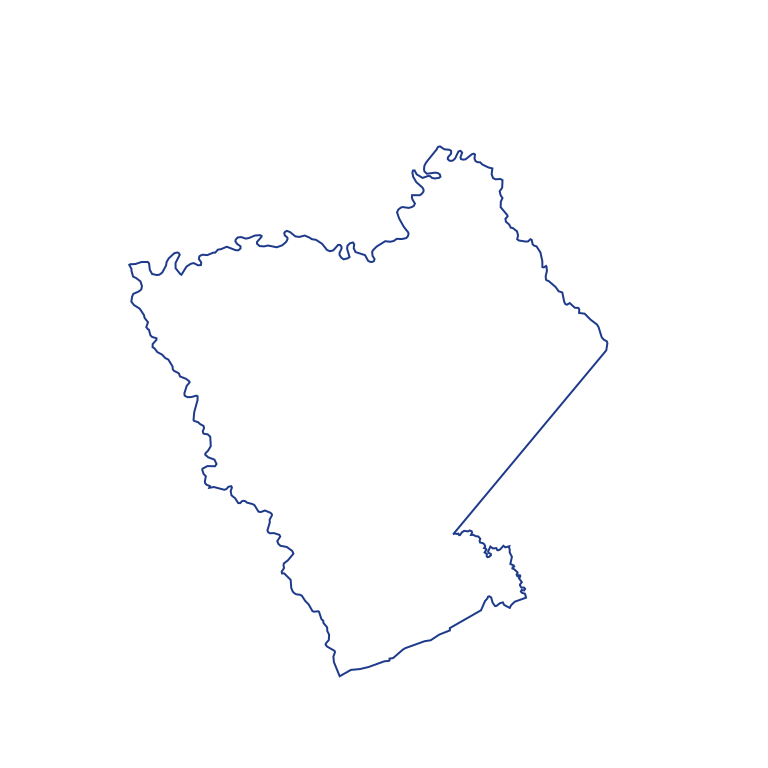 San Carlos De Guaroa, Meta, Colombia (Robinson projection), rotated 230°
{"feature_id": "7082276B46301528303112", "entity_name": "San Carlos De Guaroa", "entity_type": "district", "adm_level": 2, "iso_a3": "COL", "parent_name": "Colombia", "parent_adm1": "Meta", "projection": "robinson", "projection_center": [-73.244, 3.837], "detail": "fine", "context": "isolated", "style": "outline", "palette": "blue", "viewbox_px": 768, "rotation_deg": 230, "n_neighbors": 0, "source": "geoboundaries", "source_scale": "gbopen_adm2", "svg_char_len": 6166}
<svg xmlns="http://www.w3.org/2000/svg" viewBox="0 0 768 768"><g transform="rotate(230 384 384)"><path d="M132.7,357.2L135.3,355.5L137.0,355.4L137.7,357.0L135.8,358.6L136.3,360.4L138.1,360.4L139.6,358.4L142.2,358.7L143.0,359.3L143.6,362.2L148.3,362.5L148.9,364.5L149.8,365.2L150.9,364.3L150.4,363.0L151.5,362.6L152.8,363.1L153.4,365.0L154.2,365.2L158.6,364.6L160.2,363.8L160.9,364.7L160.5,366.4L161.7,366.7L164.9,365.1L169.4,370.9L174.1,372.0L176.8,374.2L178.4,374.6L179.2,375.7L180.8,372.0L183.3,371.5L182.6,366.4L183.3,364.4L184.3,364.0L186.1,364.6L188.0,361.7L191.1,361.0L188.7,356.0L187.4,355.6L185.1,356.6L184.1,355.9L184.0,353.6L184.8,352.0L185.9,351.9L187.7,353.5L190.3,352.8L191.3,356.0L192.3,356.2L194.0,355.2L194.5,357.1L196.5,357.8L198.4,357.5L200.8,355.7L202.4,356.4L203.6,358.3L206.7,358.2L208.4,356.5L211.1,355.4L212.4,353.6L213.6,356.0L214.9,356.5L216.7,355.5L217.1,353.6L220.0,351.0L220.3,348.2L219.4,345.0L219.9,344.4L221.7,344.7L222.3,343.4L224.0,342.1L224.4,340.3L266.9,575.9L271.6,581.3L273.5,582.1L276.6,580.9L279.8,580.8L289.6,584.9L292.7,585.4L300.5,583.6L308.9,582.9L313.0,579.1L315.6,581.5L317.3,581.8L319.8,579.2L326.6,578.3L327.2,575.0L328.7,574.3L331.1,574.9L339.5,579.4L342.8,577.4L348.0,577.8L357.2,576.3L358.9,575.2L359.9,575.2L362.6,577.1L365.9,581.5L369.4,583.9L370.3,584.0L370.6,581.3L371.8,580.5L376.3,584.2L384.2,588.4L391.4,589.3L393.6,587.9L395.5,587.7L399.5,589.8L400.8,589.2L400.6,586.2L401.8,584.3L407.3,579.5L409.3,579.1L411.6,582.2L415.5,584.0L420.8,582.9L422.2,581.6L425.7,582.4L429.9,581.7L432.5,583.2L432.9,586.4L434.0,587.0L444.4,587.0L448.5,590.6L450.3,594.3L453.5,594.6L457.3,596.5L458.4,600.7L464.0,605.8L466.3,604.9L469.1,601.0L471.7,599.9L475.5,601.3L479.5,605.6L482.7,603.2L489.0,600.4L491.9,600.2L493.9,598.2L496.0,597.4L498.5,598.2L501.3,601.2L502.7,600.8L503.5,599.3L503.7,590.9L505.1,588.7L506.9,587.6L508.3,588.1L511.1,592.6L513.4,592.5L514.3,590.5L511.1,583.5L510.9,581.1L511.2,579.6L512.9,577.7L515.3,577.4L516.5,578.6L517.4,583.6L519.5,585.3L521.3,584.7L525.0,581.1L530.1,579.6L530.9,577.5L529.9,575.3L526.6,558.6L525.2,555.2L522.7,552.6L520.8,551.6L517.5,552.0L512.9,559.2L511.2,560.7L508.7,561.5L506.5,560.5L506.5,558.8L508.7,555.1L510.9,553.3L513.5,552.9L514.9,551.7L517.1,546.0L523.6,543.8L528.0,544.7L528.9,543.3L527.5,541.5L523.9,539.5L517.9,538.5L509.7,539.7L507.4,539.2L506.0,537.9L505.4,535.2L505.6,532.8L510.6,526.9L509.2,525.4L507.0,524.4L502.4,523.7L501.3,521.5L501.6,519.2L503.0,516.1L507.6,512.0L508.3,510.4L508.4,507.0L507.1,504.3L501.1,502.0L491.7,500.2L484.6,500.0L483.2,499.3L481.9,497.4L481.5,495.1L481.9,493.9L483.7,490.7L487.0,487.1L487.3,483.4L488.9,480.3L492.6,476.7L494.0,466.9L493.6,461.7L492.8,459.8L489.5,457.6L485.8,457.1L484.6,455.2L485.0,453.6L486.2,452.1L488.5,451.0L494.9,452.3L503.4,447.0L507.5,448.1L510.2,451.0L512.4,451.2L513.7,448.3L513.4,444.8L511.2,442.6L503.4,439.2L503.7,436.7L505.5,433.2L508.3,432.5L511.1,432.8L512.9,434.0L515.2,438.8L516.8,439.8L518.8,439.7L520.0,438.3L519.0,430.9L520.5,427.9L523.3,426.5L531.3,426.7L538.1,424.6L541.5,421.7L543.7,421.2L548.7,418.7L551.0,413.8L554.0,411.0L560.7,409.7L563.7,408.1L564.2,405.9L563.8,404.7L561.7,403.5L558.4,404.1L557.2,403.5L556.3,401.9L555.7,399.9L555.7,395.1L557.7,389.7L564.6,384.2L566.5,380.6L569.6,377.4L573.1,376.9L574.4,377.9L575.5,384.7L576.0,385.4L577.7,384.7L580.7,380.6L582.6,374.5L584.2,371.6L588.4,369.0L590.3,366.1L589.9,363.2L588.9,361.9L585.8,361.5L581.7,362.6L580.1,361.2L580.0,359.2L580.2,358.1L582.0,356.3L590.2,351.8L592.1,345.7L593.7,343.1L593.1,339.1L594.3,337.8L596.3,331.5L599.5,328.3L600.4,326.0L600.4,324.5L598.7,322.5L594.7,322.2L592.8,320.2L594.4,317.9L599.0,315.9L600.3,313.1L600.9,308.2L597.9,299.1L599.0,298.6L606.7,298.8L610.7,302.1L614.3,310.6L616.3,310.9L617.6,310.2L619.0,307.4L618.6,299.9L617.2,295.9L614.8,293.1L611.9,285.7L612.1,282.3L613.5,280.0L617.3,277.1L622.0,278.0L627.3,281.5L629.3,281.5L633.4,276.5L635.7,270.7L638.9,266.5L639.0,265.4L634.4,264.5L633.2,263.4L627.5,260.8L624.6,262.2L619.2,263.4L614.7,261.6L612.8,259.4L612.4,257.9L612.6,255.2L614.2,249.9L612.7,247.0L609.5,243.4L605.3,243.2L598.7,245.3L591.0,244.4L588.6,243.1L583.0,242.9L580.4,238.5L578.0,238.3L576.7,238.8L571.5,236.4L569.1,236.6L565.3,239.1L564.1,238.1L563.3,232.5L561.0,230.4L558.8,231.1L554.1,230.9L549.1,232.9L544.5,233.1L541.3,234.5L533.4,233.3L531.1,231.7L529.1,231.6L524.0,233.7L520.9,232.6L515.2,235.7L511.1,236.6L510.2,236.1L509.4,231.7L505.2,225.1L503.2,223.8L500.2,225.0L497.8,228.1L495.8,232.6L494.4,233.3L491.5,230.8L484.4,220.5L478.8,214.9L477.6,214.9L474.3,217.0L471.4,217.4L467.9,218.8L465.9,217.8L464.3,214.8L462.4,213.9L461.4,214.2L458.8,216.6L455.3,217.0L447.7,211.3L446.0,206.3L445.7,202.7L444.8,201.6L440.9,202.2L435.1,205.5L430.4,204.3L429.6,201.7L434.6,196.0L435.8,190.5L435.1,189.6L431.0,188.0L427.8,188.2L424.5,184.1L422.8,183.2L421.0,183.3L417.6,185.0L416.8,183.4L414.4,187.5L405.7,193.6L404.8,195.7L405.3,198.7L403.9,201.3L402.4,200.9L400.6,197.8L396.8,195.6L392.2,196.5L386.5,195.8L385.2,197.2L385.5,199.5L385.0,201.2L383.2,202.5L381.2,202.8L376.7,206.0L374.4,206.9L366.9,205.8L365.1,207.3L363.6,211.5L358.4,214.2L356.6,214.5L355.4,213.7L353.6,209.2L351.3,207.5L346.9,200.7L345.0,200.0L342.9,200.7L340.6,203.8L335.7,206.9L333.8,206.4L332.3,201.3L329.4,200.3L326.6,200.7L321.6,204.8L315.1,206.4L312.2,205.5L310.7,197.0L310.9,191.9L309.5,190.3L307.3,189.2L306.0,185.0L304.5,184.1L303.1,185.8L294.0,186.6L287.3,181.8L283.7,180.7L281.6,180.8L279.3,181.6L276.6,184.1L274.6,185.0L268.6,184.2L263.6,184.6L256.0,183.2L254.6,184.0L252.1,187.6L251.3,187.8L244.0,184.9L241.8,185.3L239.9,184.0L234.1,184.0L231.3,181.8L227.2,180.8L223.3,177.1L222.8,173.4L221.9,171.7L219.6,171.6L211.3,174.6L210.0,174.0L207.7,170.0L203.2,166.9L188.6,162.2L186.3,174.8L181.0,182.5L177.2,190.1L171.4,205.9L168.7,209.9L169.0,211.0L170.1,211.7L168.2,214.8L168.4,227.7L168.0,230.4L160.9,249.7L157.7,255.0L156.5,265.3L152.9,276.1L154.7,277.5L148.3,312.9L152.8,321.9L153.3,325.5L154.2,326.9L153.7,328.2L151.6,328.9L146.8,326.7L142.5,326.3L141.7,327.5L141.6,331.8L140.3,334.7L137.6,334.0L131.6,336.4L132.8,339.0L133.2,344.2L129.0,355.5L132.7,357.2Z" fill="none" stroke="#1e3a8a" stroke-width="2"/></g></svg>